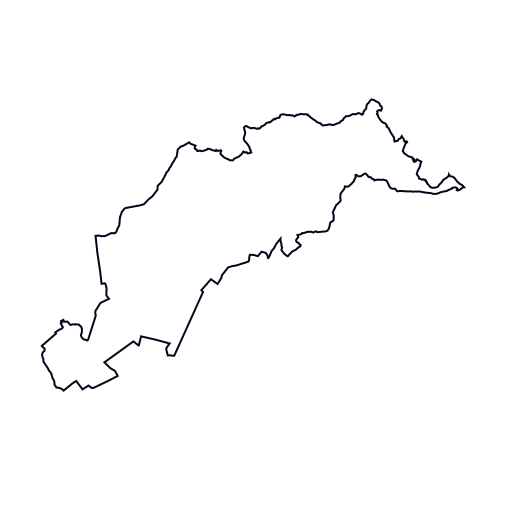 the district of Dalnic, Covasna, Romania, rotated 106°
{"feature_id": "2599482B83392942067718", "entity_name": "Dalnic", "entity_type": "district", "adm_level": 2, "iso_a3": "ROU", "parent_name": "Romania", "parent_adm1": "Covasna", "projection": "mercator", "projection_center": [25.968, 45.934], "detail": "fine", "context": "isolated", "style": "outline", "palette": "ink", "viewbox_px": 512, "rotation_deg": 106, "n_neighbors": 0, "source": "geoboundaries", "source_scale": "gbopen_adm2", "svg_char_len": 6091}
<svg xmlns="http://www.w3.org/2000/svg" viewBox="0 0 512 512"><g transform="rotate(106 256 256)"><path d="M401.5,437.1L402.5,435.7L402.7,434.6L403.5,433.5L405.5,433.2L407.6,434.4L409.7,434.5L412.4,433.1L413.3,432.2L416.3,431.1L421.6,424.7L423.2,423.6L423.8,422.3L425.3,420.5L429.9,417.6L431.0,416.2L432.2,415.3L435.2,414.2L437.4,411.6L437.0,409.0L437.3,406.1L438.4,403.8L428.9,397.2L425.7,394.4L432.0,386.0L426.7,381.3L428.2,377.4L427.1,375.3L416.9,363.8L409.4,355.9L405.3,359.9L404.0,365.0L400.0,372.4L371.9,350.3L374.4,344.2L374.2,344.0L364.9,344.3L364.1,329.0L363.9,314.9L368.6,316.6L370.0,316.8L375.9,313.4L375.0,310.8L374.8,308.2L374.3,307.1L305.2,297.0L303.9,299.1L290.8,292.9L293.5,285.2L286.4,283.2L284.0,283.5L274.6,279.6L272.3,276.1L270.6,272.5L263.6,261.9L262.2,261.5L257.6,262.3L256.4,262.1L255.6,258.3L255.7,254.2L250.3,251.8L250.3,247.5L251.7,245.7L254.0,244.1L255.4,243.9L253.1,243.1L247.2,242.4L245.6,241.9L244.2,241.0L238.6,239.8L232.6,237.2L234.1,236.8L237.7,234.8L239.5,234.2L240.8,233.2L242.6,233.3L243.6,233.0L245.9,229.6L247.1,227.2L247.5,225.5L247.4,225.2L245.8,224.6L241.5,222.3L239.2,219.6L236.0,217.6L235.1,216.6L233.8,215.9L233.0,216.2L232.8,217.3L231.8,218.5L231.4,220.6L230.4,221.7L229.3,221.8L226.2,220.6L224.4,221.9L224.2,221.3L222.2,218.2L221.5,218.2L221.2,217.8L220.8,216.4L218.8,213.5L217.7,210.5L217.5,209.0L217.6,207.3L215.8,205.5L215.8,205.0L216.2,204.1L215.9,202.9L213.2,196.0L212.2,194.4L209.7,193.6L206.4,193.5L203.8,193.9L202.8,193.5L201.2,191.7L199.9,191.3L195.0,192.7L193.0,194.2L185.2,193.0L180.8,190.4L179.0,189.9L176.9,191.1L172.6,191.9L167.6,189.8L166.2,189.6L164.6,189.8L164.4,189.2L164.4,187.9L163.5,186.1L161.4,185.0L161.0,184.4L156.9,182.5L156.0,182.6L152.8,181.9L150.7,182.7L150.3,181.9L151.2,179.7L150.6,177.5L147.2,174.5L146.5,173.5L147.7,171.1L148.8,169.8L149.0,169.0L148.7,168.3L148.8,167.0L149.7,166.0L149.8,163.8L150.7,163.1L149.1,160.3L148.2,156.1L147.6,155.2L147.5,151.8L148.1,150.6L152.6,146.7L153.4,145.6L153.7,144.7L153.7,142.9L153.0,141.0L153.3,140.2L154.7,138.6L154.8,137.8L153.7,135.3L152.0,127.5L151.3,125.5L150.9,122.8L150.3,121.5L149.8,119.2L149.0,117.2L148.3,110.1L147.4,105.6L147.4,102.2L146.2,99.1L143.4,95.4L140.6,90.1L139.7,89.4L137.1,86.1L136.6,86.3L136.3,86.0L135.0,83.2L135.0,82.7L135.6,80.9L137.3,81.2L137.4,80.9L137.3,79.8L137.0,79.2L135.0,77.4L133.2,76.4L132.6,74.9L130.9,77.5L130.6,79.6L129.2,82.8L126.5,86.4L125.9,87.6L125.5,89.1L125.8,90.4L125.7,91.6L124.5,92.9L125.2,92.8L127.4,93.7L131.4,97.1L133.5,97.6L136.7,99.4L139.2,100.3L139.8,100.7L141.4,103.8L141.9,105.6L141.6,107.7L139.7,110.2L139.1,111.6L138.0,112.1L137.7,113.0L137.2,113.0L136.8,113.4L136.9,113.8L136.2,114.1L136.2,114.7L136.5,115.5L136.1,115.8L136.1,116.3L136.9,117.7L136.5,119.9L136.6,120.6L135.0,121.4L133.2,123.9L132.8,124.1L129.4,124.0L126.0,123.2L123.7,123.1L122.1,123.4L119.7,123.1L118.9,127.5L118.7,127.8L121.1,128.6L121.8,129.6L121.8,130.3L120.2,131.6L120.0,130.4L119.7,130.3L119.1,131.1L119.0,132.0L118.2,132.9L118.1,137.0L116.3,142.2L115.3,142.9L114.9,143.7L113.9,143.9L106.8,143.3L104.9,142.1L104.3,142.7L104.2,143.1L105.1,144.5L104.2,145.7L102.8,146.2L102.1,147.5L100.6,148.9L102.8,149.5L103.5,149.9L104.3,151.0L106.1,151.5L106.5,151.9L106.9,153.2L107.7,154.4L103.8,156.3L99.7,161.0L96.5,163.8L95.7,166.0L95.0,165.9L93.7,167.1L92.9,168.2L92.8,170.3L92.1,172.3L90.0,175.1L88.3,177.0L87.0,177.6L86.3,178.9L85.1,178.6L83.7,179.4L82.7,179.1L81.5,177.1L81.9,176.7L81.9,176.0L79.7,175.5L77.6,176.6L77.2,178.1L75.5,179.3L74.6,180.8L74.3,183.2L73.6,185.4L73.6,188.0L75.1,189.1L77.7,189.9L79.1,190.9L80.8,191.2L84.1,190.7L85.0,191.4L87.5,192.3L90.3,192.4L91.0,193.3L90.6,194.0L90.3,196.1L90.6,197.3L92.0,198.8L92.5,199.9L92.9,202.2L94.9,204.0L96.3,206.3L97.0,208.2L100.1,209.8L101.1,209.8L103.5,211.9L104.5,212.1L108.6,217.5L109.1,219.3L109.1,221.6L110.3,223.6L112.1,227.8L111.5,229.5L110.8,230.3L110.5,234.3L109.5,236.2L108.8,238.9L107.6,241.8L107.6,242.3L106.7,243.2L106.5,245.0L105.8,245.2L106.1,245.9L105.9,246.6L106.0,247.4L106.6,248.9L107.2,252.5L108.7,254.4L109.1,256.0L110.5,256.6L111.2,257.6L111.0,257.8L110.8,260.3L111.3,261.2L111.1,262.2L111.9,264.2L112.2,268.8L113.0,270.5L113.7,271.4L116.6,271.6L116.9,272.7L118.2,274.6L119.3,275.3L119.1,275.9L119.7,276.8L120.3,276.9L121.3,277.9L122.9,278.7L123.4,279.8L124.0,279.9L124.1,280.9L125.4,282.7L127.6,283.8L129.3,285.4L129.8,286.4L131.3,286.9L132.8,288.1L132.7,289.2L133.4,289.8L133.5,291.3L133.3,292.7L133.5,293.6L134.6,296.0L134.3,298.9L133.7,300.7L133.8,301.4L134.8,302.6L136.0,302.9L140.7,300.2L146.1,300.3L147.4,299.7L148.7,298.5L150.3,295.7L152.9,292.6L154.1,291.7L154.7,291.7L156.0,290.1L156.9,290.0L157.8,289.1L158.6,290.1L159.7,292.2L158.8,293.9L159.6,294.9L159.0,296.8L159.1,297.0L161.8,297.7L165.2,299.9L168.5,303.8L170.5,304.6L171.2,307.8L170.8,308.5L170.3,312.8L169.7,314.6L167.7,318.2L166.0,318.6L164.5,318.3L164.1,318.9L165.5,321.7L165.0,323.4L166.2,323.5L166.2,328.1L165.8,330.3L166.1,330.9L166.2,332.0L167.5,332.7L169.9,336.4L170.3,337.6L170.1,338.8L171.3,341.3L170.8,341.6L170.2,342.6L169.5,344.6L168.0,344.9L166.6,344.5L166.2,349.8L165.1,351.5L169.9,356.1L171.7,358.6L175.2,360.6L182.4,359.6L184.2,360.5L186.8,360.9L190.7,362.2L192.5,362.3L195.7,363.5L197.5,363.6L200.7,365.2L202.0,365.2L210.9,367.2L215.7,369.9L218.2,369.2L219.7,369.1L227.3,372.1L231.2,374.9L237.1,378.0L239.2,381.3L245.9,394.7L246.9,395.6L250.6,397.1L256.1,397.4L264.5,395.9L267.6,396.6L271.3,397.0L273.0,397.8L273.8,401.3L278.6,406.8L279.5,409.9L279.8,413.6L280.4,414.3L280.9,415.8L296.8,409.3L313.2,401.8L325.3,396.8L323.9,393.9L325.2,392.4L328.3,390.7L334.7,389.2L335.6,388.4L337.6,385.5L344.0,392.6L353.1,395.2L354.6,395.0L357.5,393.6L382.8,394.3L383.8,395.1L383.5,396.8L383.7,398.6L382.3,401.1L380.5,402.5L377.1,402.4L373.6,403.4L371.8,405.1L371.5,406.2L370.7,407.5L371.6,410.9L371.4,411.0L372.0,412.2L372.4,413.8L373.3,415.0L373.3,415.7L371.1,419.0L372.0,422.3L370.5,423.6L372.1,425.3L372.3,425.1L372.5,425.4L373.5,424.3L374.4,425.1L375.1,424.7L377.7,422.0L378.6,422.3L379.6,423.0L381.7,425.4L384.8,427.9L385.7,426.9L401.5,437.1Z" fill="none" stroke="#020617" stroke-width="2"/></g></svg>